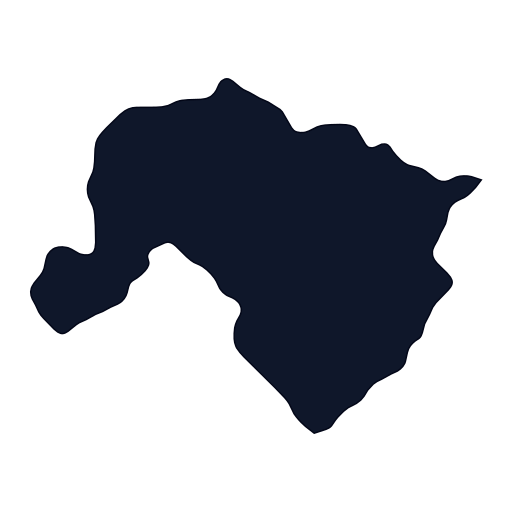 Jima Abajo, La Vega, Dominican Republic
{"feature_id": "3306468B99813204721250", "entity_name": "Jima Abajo", "entity_type": "district", "adm_level": 2, "iso_a3": "DOM", "parent_name": "Dominican Republic", "parent_adm1": "La Vega", "projection": "orthographic", "projection_center": [-70.397, 19.12], "detail": "fine", "context": "isolated", "style": "filled", "palette": "ink", "viewbox_px": 512, "rotation_deg": 0, "n_neighbors": 0, "source": "geoboundaries", "source_scale": "gbopen_adm2", "svg_char_len": 3470}
<svg xmlns="http://www.w3.org/2000/svg" viewBox="0 0 512 512"><path d="M54.0,329.0L57.7,332.0L60.5,333.3L62.1,333.6L63.7,333.4L65.2,332.9L68.0,331.3L76.2,324.7L79.2,322.7L86.1,319.6L95.6,314.3L102.6,311.5L110.5,307.2L117.5,304.1L120.4,302.4L121.8,301.3L124.2,298.6L126.0,295.6L127.1,292.6L128.6,286.5L129.7,283.8L130.5,282.6L132.4,280.8L137.2,277.8L141.3,274.5L145.1,270.7L147.2,267.9L148.5,265.1L148.8,263.7L148.8,262.3L147.5,257.2L147.5,255.8L147.9,254.3L149.3,251.6L151.6,249.2L153.0,248.2L164.8,242.8L167.3,242.2L168.6,242.2L171.1,242.8L173.4,244.1L176.0,246.2L186.6,256.7L191.0,260.4L194.0,262.4L199.6,264.9L202.5,266.5L206.9,269.9L211.0,273.9L214.5,278.2L216.4,281.3L219.6,288.1L220.6,289.6L222.9,292.3L225.6,294.5L227.1,295.5L232.4,297.8L235.2,299.4L237.8,301.7L239.0,303.0L239.9,304.5L241.1,307.6L241.3,309.1L241.2,312.0L240.2,315.1L236.9,321.0L235.6,324.3L234.7,327.8L234.2,333.3L234.2,338.8L234.7,342.5L235.8,346.0L236.6,347.8L240.0,352.5L243.9,356.8L275.0,387.6L284.6,397.6L287.1,400.6L289.2,403.7L294.1,413.8L296.3,416.8L298.7,419.7L301.3,422.5L305.5,426.4L314.2,433.2L325.8,429.4L328.9,428.0L330.3,427.0L331.5,425.8L335.4,420.1L337.8,417.1L343.4,411.4L348.1,407.7L356.4,403.4L360.7,400.1L364.0,396.2L367.7,390.1L373.2,384.1L376.9,381.5L381.6,379.2L390.8,374.1L397.5,371.0L400.4,368.9L402.9,366.3L404.8,363.2L405.4,361.4L407.4,352.3L408.6,348.7L410.4,345.7L412.6,343.2L415.1,341.0L419.1,338.3L420.2,337.2L421.1,335.8L422.3,332.7L424.6,323.9L429.5,314.4L432.6,307.4L436.0,302.6L448.3,289.9L450.5,287.1L451.4,285.5L452.0,283.9L452.2,282.1L451.9,280.3L450.4,277.2L446.9,273.0L437.1,263.4L434.7,260.3L433.8,258.7L433.0,256.9L432.5,255.0L432.4,251.3L432.8,249.4L434.1,246.2L437.5,240.1L440.5,233.2L443.9,226.9L445.5,223.7L446.5,220.0L447.9,212.5L449.2,209.0L450.0,207.4L452.2,204.6L454.9,202.2L458.0,200.4L464.6,197.3L467.5,195.3L470.3,192.9L475.5,187.5L481.3,179.9L471.5,176.7L467.7,176.0L463.8,175.9L460.0,176.2L456.3,177.1L448.7,180.7L445.2,181.5L441.6,181.4L437.9,180.3L434.7,178.3L425.3,171.0L421.9,169.0L418.3,167.7L409.0,165.4L407.2,164.7L403.7,162.6L400.6,160.1L396.3,155.7L392.7,151.3L390.0,147.1L387.8,145.0L386.4,144.3L384.8,144.0L381.7,144.2L375.2,147.2L372.2,147.9L369.1,147.5L367.6,146.8L365.5,144.5L356.3,129.1L355.1,127.8L353.6,126.8L350.1,125.5L346.2,124.8L340.0,124.5L331.4,124.7L325.1,125.1L320.9,125.8L317.0,127.0L309.2,130.9L305.8,132.1L304.0,132.5L300.3,132.6L296.8,132.0L295.2,131.4L293.7,130.4L291.6,127.9L282.3,111.9L280.0,109.5L268.2,102.1L259.6,98.3L250.1,92.9L243.3,89.6L240.0,87.3L232.8,81.3L229.8,79.5L228.2,78.9L226.4,78.8L224.8,79.1L222.1,80.6L220.9,81.6L219.1,84.2L216.3,90.3L214.4,93.1L211.9,95.6L210.5,96.7L207.0,98.3L205.0,98.8L200.8,99.4L188.1,99.8L181.8,100.4L179.7,100.8L176.1,101.9L168.1,105.6L162.1,106.9L155.8,107.3L136.7,107.4L132.5,107.8L128.5,109.0L124.9,110.9L120.1,114.6L106.7,127.7L102.4,132.3L99.8,135.5L97.6,138.9L96.1,142.7L95.1,149.0L94.6,161.8L93.9,168.1L92.9,172.1L88.6,181.7L87.7,185.4L87.4,189.3L87.7,193.1L88.6,196.9L93.0,206.5L94.1,210.5L94.7,214.7L95.4,225.5L95.7,242.6L95.1,248.1L93.9,251.3L92.7,252.8L91.2,253.8L89.6,254.5L87.9,254.9L84.3,254.9L80.7,254.2L79.0,253.6L71.5,249.3L68.1,247.8L66.2,247.4L62.4,246.9L58.5,247.1L54.8,248.1L53.1,249.0L50.3,251.3L48.1,254.1L47.2,255.7L46.1,259.3L44.1,268.5L42.6,272.1L40.4,275.4L34.2,283.0L32.2,286.3L31.4,288.1L30.7,291.8L31.1,295.6L32.3,298.9L35.6,305.0L38.8,311.9L41.0,315.3L43.7,318.4L54.0,329.0Z" fill="#0f172a" stroke="#020617" stroke-width="1.5"/></svg>